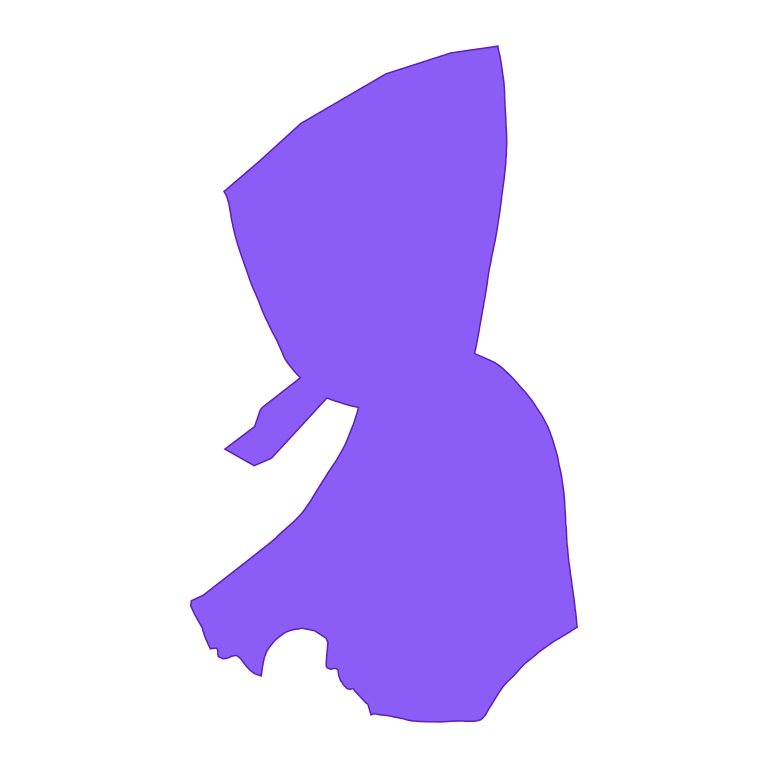 Al Quraishyah, Al Bayda', Yemen (Robinson projection)
{"feature_id": "15242507B46472407161282", "entity_name": "Al Quraishyah", "entity_type": "district", "adm_level": 2, "iso_a3": "YEM", "parent_name": "Yemen", "parent_adm1": "Al Bayda'", "projection": "robinson", "projection_center": [44.898, 14.605], "detail": "fine", "context": "isolated", "style": "filled", "palette": "violet", "viewbox_px": 768, "rotation_deg": 0, "n_neighbors": 0, "source": "geoboundaries", "source_scale": "gbopen_adm2", "svg_char_len": 6078}
<svg xmlns="http://www.w3.org/2000/svg" viewBox="0 0 768 768"><path d="M466.6,721.3L470.6,721.3L473.6,721.2L475.2,721.2L475.9,721.0L478.6,720.4L481.0,719.7L483.1,717.6L484.9,715.6L486.5,713.1L488.0,710.3L489.5,707.8L491.6,704.6L493.0,702.2L494.6,699.7L496.1,697.2L497.7,694.6L499.5,691.8L501.2,689.2L502.8,687.0L504.6,684.9L506.7,682.6L508.6,680.6L510.7,678.5L513.1,676.4L515.4,673.9L517.3,671.8L519.1,669.8L521.3,667.2L523.1,665.3L525.4,663.2L527.5,661.5L529.9,659.6L535.0,655.5L537.1,653.7L539.1,651.9L541.3,650.3L543.6,648.6L546.2,646.8L549.1,644.7L554.2,641.2L557.1,639.5L559.7,638.0L562.6,636.1L565.2,634.7L567.5,633.3L570.0,631.8L572.3,630.1L575.8,628.0L577.3,627.3L576.8,624.7L576.6,621.7L576.3,618.3L576.0,615.2L575.6,611.9L575.1,609.0L574.9,606.2L574.5,603.2L574.2,600.1L573.3,594.2L572.9,591.3L572.5,588.3L572.1,585.5L571.7,582.6L571.4,579.4L570.8,576.4L569.4,565.3L568.9,562.3L568.5,558.7L568.1,554.9L567.6,548.7L567.2,545.5L566.9,542.6L566.7,538.4L566.6,535.3L566.3,529.5L565.6,522.4L565.6,519.5L565.3,512.8L565.0,510.0L564.6,500.8L564.3,497.5L564.0,493.9L563.4,489.4L563.1,487.2L562.7,484.4L562.4,482.0L562.3,481.6L561.8,478.3L561.3,474.9L560.7,471.8L559.4,466.4L558.8,463.4L558.2,460.0L557.6,456.7L556.7,453.5L555.9,450.8L555.0,447.8L554.1,444.6L553.1,441.4L552.3,438.7L551.3,436.0L550.1,432.5L549.0,429.7L547.9,426.9L546.6,424.5L545.3,422.0L543.9,419.3L542.7,416.8L539.3,411.7L537.6,409.1L535.9,406.5L534.1,403.6L532.5,401.3L530.9,399.1L528.6,396.3L526.4,393.4L522.2,388.7L520.2,386.5L519.3,385.5L517.7,383.6L515.5,381.3L514.2,379.7L513.5,378.9L512.2,377.5L509.8,375.1L507.7,373.1L503.3,368.9L501.2,367.1L499.1,365.5L496.9,364.0L494.8,362.6L492.3,361.4L490.0,360.3L484.4,357.8L481.9,356.8L479.2,355.6L476.4,354.4L474.6,353.2L474.8,352.2L475.1,350.7L475.4,349.8L475.8,348.1L476.5,344.4L476.7,343.4L477.0,342.1L477.6,339.1L478.1,335.8L478.8,332.5L479.3,329.1L479.8,326.2L481.1,319.0L482.3,312.3L482.7,309.6L483.4,306.8L483.8,303.6L483.8,303.4L484.4,300.2L484.9,297.8L485.0,296.9L485.6,293.0L486.3,289.5L486.6,286.9L487.2,283.3L487.7,279.2L488.1,276.5L489.3,268.9L490.8,262.3L491.3,259.1L491.8,256.0L492.5,253.1L493.2,250.0L493.8,246.5L494.1,245.3L494.3,244.6L494.5,243.6L495.2,240.4L495.3,239.6L496.2,234.6L496.9,230.7L497.5,226.8L497.9,223.8L498.5,220.3L499.0,217.0L499.5,214.0L500.0,210.5L500.4,207.2L501.4,199.9L501.6,197.1L502.5,190.7L502.9,187.6L503.8,181.4L504.3,177.4L504.6,174.1L505.0,170.7L505.3,167.7L505.7,164.4L505.8,161.6L505.9,158.8L506.3,155.7L506.4,152.9L506.4,149.7L506.7,145.9L506.7,140.1L506.5,132.7L506.3,129.2L506.0,125.7L505.9,121.8L505.6,114.3L505.1,107.2L504.8,100.8L504.7,97.8L504.6,94.7L504.6,91.8L504.4,88.8L504.1,85.5L503.9,82.3L503.4,78.6L502.9,75.3L502.0,68.6L501.6,65.6L501.1,62.8L500.5,59.0L499.8,55.4L499.0,52.3L498.3,49.0L497.9,46.1L451.0,52.9L386.0,73.8L300.9,123.4L259.5,161.1L224.0,191.5L224.3,192.0L225.9,194.8L227.1,197.7L228.0,200.6L228.8,203.3L229.4,206.5L229.8,209.3L230.4,212.2L230.9,215.4L231.3,218.5L231.9,221.2L232.7,224.5L233.2,227.4L233.9,230.2L234.7,233.7L235.5,236.7L236.4,240.0L237.2,242.7L239.1,248.9L240.0,251.5L241.1,254.9L242.1,257.7L243.1,260.5L244.0,263.1L244.9,265.9L246.1,269.0L247.0,271.8L248.1,274.8L249.1,277.8L251.1,283.3L252.1,285.9L254.6,291.7L255.9,294.4L257.0,297.2L258.1,299.7L259.2,302.3L260.2,305.1L262.5,311.0L263.6,313.5L264.8,316.3L265.9,318.8L267.4,321.7L268.7,324.4L269.8,326.9L271.2,329.7L272.6,332.4L274.1,335.2L276.3,339.3L276.8,340.2L278.0,343.0L279.2,345.8L280.6,348.8L282.9,354.2L283.6,355.9L283.9,356.8L285.2,359.2L286.7,361.5L288.4,363.9L290.2,366.2L292.3,368.9L294.4,371.3L296.6,373.8L298.5,375.8L300.3,377.8L262.9,407.0L260.5,409.5L254.6,426.6L224.9,449.1L254.2,465.7L271.5,458.2L289.1,439.1L327.0,397.9L327.7,398.2L330.5,399.4L333.3,400.4L336.1,401.3L339.4,402.3L344.9,404.1L347.5,404.8L349.9,405.5L352.3,406.1L355.5,406.8L357.9,407.2L358.5,407.4L358.4,407.9L357.6,410.9L356.8,413.8L355.7,417.2L354.8,419.9L353.9,422.8L352.8,425.7L350.7,430.9L349.5,433.9L348.4,436.9L347.2,439.8L345.9,442.9L344.5,445.8L343.0,448.7L341.4,451.5L339.8,454.4L338.2,457.1L335.1,462.4L333.2,464.9L331.7,467.2L328.5,472.0L326.8,474.7L325.3,477.3L323.3,480.3L321.1,483.8L320.1,485.3L318.7,487.6L317.0,490.3L315.2,493.3L313.6,495.8L311.8,498.9L310.4,501.2L308.6,503.7L305.0,509.0L303.4,511.2L301.7,513.3L299.6,515.6L297.6,517.7L295.1,520.3L292.5,522.7L289.8,525.2L287.4,527.2L285.0,529.5L282.7,531.4L280.1,533.8L277.9,535.8L276.1,537.8L274.1,539.6L272.0,541.2L270.0,542.9L269.4,543.4L243.7,563.7L203.1,595.3L191.3,600.7L190.7,605.8L194.5,614.1L202.6,628.5L202.6,629.6L203.5,632.4L205.3,637.8L206.9,641.2L208.1,644.2L209.7,647.3L210.5,648.9L211.3,648.6L216.0,648.1L217.5,649.2L217.8,652.1L217.8,654.2L218.4,656.6L223.1,658.8L223.3,658.8L226.0,658.5L228.5,657.8L231.4,656.4L234.0,655.7L236.5,655.5L238.9,657.1L240.8,659.0L242.6,661.3L244.2,663.5L245.8,665.6L247.8,667.8L250.1,670.2L252.3,672.0L254.4,673.5L256.8,674.5L259.5,675.3L261.2,675.9L261.2,675.4L261.7,672.6L262.1,669.7L262.3,668.5L262.5,666.9L262.6,666.4L263.1,663.3L263.7,660.5L264.4,657.4L265.5,654.4L266.5,651.8L268.1,649.2L270.1,646.3L271.7,644.4L273.8,641.7L275.7,639.8L277.9,637.9L280.1,636.1L282.2,634.6L284.3,633.1L286.7,631.8L289.0,630.9L291.5,630.1L293.9,629.6L296.7,629.1L298.5,629.0L301.9,628.2L314.5,630.7L325.9,638.0L327.9,642.4L327.1,651.6L326.2,662.5L326.2,665.8L327.1,667.7L328.3,668.3L330.2,669.1L331.9,669.1L333.3,668.5L336.2,668.5L338.1,670.1L338.6,675.1L340.7,681.0L341.7,681.9L343.1,684.3L344.5,686.0L345.7,687.0L346.9,688.4L347.9,688.9L350.1,689.3L351.5,688.8L352.1,688.6L353.6,689.0L354.5,690.6L366.0,703.0L367.9,704.3L371.0,714.9L372.5,714.1L374.7,713.9L375.4,713.9L378.3,714.5L380.9,714.9L383.9,715.2L386.5,715.5L389.4,715.9L392.1,716.5L394.6,717.2L394.6,716.9L397.5,717.6L400.4,718.3L402.9,718.6L405.4,719.4L407.8,720.1L410.3,720.6L412.9,721.0L415.4,721.0L418.0,721.4L420.4,721.5L420.7,721.5L429.0,721.8L431.5,721.8L434.0,721.8L436.7,721.9L439.7,721.9L442.8,721.9L445.4,721.6L448.3,721.5L451.3,721.2L454.2,721.2L456.7,721.1L459.2,721.0L462.6,721.0L466.6,721.3Z" fill="#8b5cf6" stroke="#5b21b6" stroke-width="1.5"/></svg>